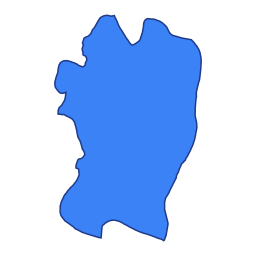 the district of Al Husha, Al Dali', Yemen
{"feature_id": "15242507B64675128593967", "entity_name": "Al Husha", "entity_type": "district", "adm_level": 2, "iso_a3": "YEM", "parent_name": "Yemen", "parent_adm1": "Al Dali'", "projection": "natural_earth1", "projection_center": [44.455, 13.752], "detail": "fine", "context": "isolated", "style": "filled", "palette": "blue", "viewbox_px": 256, "rotation_deg": 0, "n_neighbors": 0, "source": "geoboundaries", "source_scale": "gbopen_adm2", "svg_char_len": 5628}
<svg xmlns="http://www.w3.org/2000/svg" viewBox="0 0 256 256"><path d="M105.8,15.4L103.3,16.0L100.4,17.6L98.4,20.5L94.6,27.3L92.2,30.2L91.7,31.8L91.2,32.7L90.8,33.4L89.7,34.9L88.4,36.0L87.7,36.4L86.1,36.9L84.7,37.8L84.0,38.2L83.0,41.6L82.6,42.4L82.6,43.8L83.2,44.4L83.4,45.4L82.9,46.1L82.7,47.1L82.1,48.8L82.2,49.7L82.5,50.6L82.6,51.6L83.1,52.4L83.1,52.7L82.9,53.5L82.9,54.0L82.9,54.4L83.0,54.7L83.3,55.0L83.7,55.3L84.3,55.6L84.7,55.6L85.2,56.0L85.9,56.7L86.3,57.5L86.6,58.4L86.7,59.0L86.7,59.9L86.5,60.8L86.1,61.6L85.7,62.3L85.3,63.1L85.3,64.0L85.2,64.9L84.7,65.6L84.1,66.1L83.4,66.6L82.5,66.8L81.7,66.7L81.1,66.3L80.9,66.1L80.6,66.1L79.8,65.9L79.0,65.5L78.3,65.1L77.6,64.6L76.8,64.0L75.2,63.3L74.5,63.0L73.6,62.7L72.7,62.4L71.9,62.1L70.2,61.5L67.7,60.7L66.8,60.7L65.3,60.7L64.4,60.8L63.5,60.9L62.7,61.3L61.9,61.7L61.1,62.2L60.4,62.7L59.9,63.5L59.5,64.3L59.1,65.2L58.8,66.0L58.4,68.0L58.2,68.8L58.0,70.7L57.9,71.7L57.7,72.8L57.4,73.7L56.7,75.4L56.4,76.3L56.2,77.2L55.9,78.0L55.7,78.9L55.2,80.7L55.0,81.6L54.9,82.6L54.8,83.6L54.9,84.5L55.0,84.7L55.0,86.0L55.4,87.4L57.2,89.9L58.4,91.4L59.7,92.6L60.6,93.1L62.3,93.3L63.3,93.2L65.2,92.7L65.7,92.3L65.7,93.4L65.7,94.4L65.5,96.2L65.2,98.0L65.0,98.8L64.7,99.8L64.4,100.6L63.5,102.2L62.9,103.1L62.5,103.8L61.6,105.3L60.9,106.0L59.4,107.3L58.6,109.0L58.2,110.5L58.1,112.2L58.1,114.1L60.9,114.3L61.7,114.6L62.4,114.7L62.9,114.6L63.5,114.5L64.0,114.5L64.4,114.7L64.8,115.0L65.7,115.6L69.9,117.6L72.4,119.2L72.9,119.8L73.9,121.2L74.9,123.5L75.1,124.8L75.3,125.1L75.9,127.0L76.8,131.1L77.3,134.2L78.0,137.2L78.7,138.6L79.6,140.1L80.5,142.1L81.2,144.5L82.5,149.5L83.3,150.3L83.9,151.5L84.4,152.6L84.7,153.7L84.6,155.1L84.0,155.8L83.1,157.0L82.4,157.7L81.2,158.6L79.4,158.9L78.4,159.3L77.8,160.1L76.3,164.3L76.0,165.9L75.9,167.6L76.2,168.2L77.8,168.6L78.2,168.6L78.5,169.0L78.8,171.2L79.1,174.4L79.1,175.1L78.8,176.0L78.3,177.1L76.6,180.7L72.6,185.8L71.5,186.8L71.1,187.0L70.6,187.5L70.1,188.0L69.7,188.6L69.3,189.2L68.1,190.3L67.7,190.9L67.2,191.7L66.7,192.4L66.1,193.2L65.7,193.6L65.2,194.2L64.3,195.6L63.9,196.2L63.6,197.0L63.0,198.3L62.7,199.0L62.0,200.3L61.7,201.1L61.4,201.7L61.2,202.5L60.9,203.3L60.7,204.1L60.5,204.7L60.2,206.2L60.2,209.2L60.1,209.9L60.1,212.2L60.3,213.1L60.5,214.0L61.0,215.4L61.4,216.1L61.7,216.7L62.5,217.8L62.9,218.3L63.4,218.9L63.9,219.4L64.7,220.6L64.8,220.7L65.4,221.2L66.0,221.6L67.5,222.6L68.9,223.6L69.6,224.1L71.0,225.2L71.9,225.8L73.5,226.9L74.1,227.5L74.7,228.3L75.3,228.8L76.1,229.1L76.8,229.4L79.1,230.6L79.8,231.0L80.5,231.3L81.9,232.2L87.6,234.1L98.8,237.5L101.1,237.9L102.0,227.3L102.1,226.6L102.4,225.8L102.9,225.2L103.9,224.4L104.9,223.5L105.9,222.7L106.1,222.6L106.5,222.3L109.1,221.0L109.5,220.9L110.1,220.7L111.2,220.4L112.5,220.2L113.6,220.2L114.7,220.2L115.7,220.4L116.8,220.7L117.9,221.0L119.1,221.3L120.1,221.8L121.2,222.2L123.1,223.4L124.1,224.0L125.1,224.5L126.2,225.0L128.3,226.2L129.4,226.9L132.9,228.6L133.9,229.1L134.9,229.7L136.0,230.2L139.7,231.8L143.0,233.0L144.3,233.4L145.3,233.6L147.5,234.3L148.6,234.7L149.7,235.0L150.8,235.4L152.8,236.2L154.0,236.6L157.2,237.9L159.4,238.7L160.5,238.9L161.6,239.3L162.6,239.9L163.7,240.6L164.4,240.1L165.1,238.0L166.1,235.4L166.5,232.9L167.9,224.8L168.0,223.2L164.6,209.3L164.6,202.5L165.5,198.3L168.8,193.0L170.0,190.1L176.3,177.7L176.3,177.0L176.4,175.8L176.9,174.8L177.3,173.9L177.8,173.2L178.2,172.3L179.0,170.3L179.3,169.4L179.5,168.6L179.9,167.8L180.6,166.2L181.0,165.5L181.3,164.6L181.6,163.7L182.4,163.1L183.0,162.6L183.8,161.8L184.2,160.9L184.7,160.8L185.3,160.2L185.6,159.4L185.8,158.5L186.8,157.2L187.8,155.5L189.4,152.3L189.8,151.5L190.2,150.7L191.0,149.0L191.3,148.2L191.7,147.4L192.1,146.6L192.7,145.1L193.4,143.3L193.9,141.5L194.2,140.7L194.5,139.8L195.0,137.8L195.1,137.0L195.5,135.2L195.6,134.3L196.0,132.2L196.2,131.4L196.6,129.3L196.9,127.3L196.8,126.5L196.8,125.6L196.7,124.6L196.7,123.6L196.5,122.4L196.4,121.5L196.2,120.6L195.8,118.9L195.6,118.1L195.4,117.2L195.1,114.5L195.1,113.3L195.2,112.4L195.2,110.7L195.2,109.6L195.2,108.7L195.3,107.5L195.3,106.7L195.4,105.8L195.5,104.7L195.6,102.9L195.7,101.9L195.9,100.1L196.0,99.1L196.1,98.1L196.3,97.3L196.5,96.3L196.3,95.4L196.4,94.4L196.3,92.1L198.6,82.6L199.4,80.2L199.6,79.2L199.7,78.1L199.8,77.2L200.0,76.3L200.0,75.5L200.1,74.6L200.3,73.7L200.3,72.9L200.5,71.8L200.5,70.9L200.7,69.7L200.8,67.7L201.0,64.4L201.1,63.4L201.2,62.6L201.1,59.5L201.0,58.6L201.0,57.8L200.8,56.9L200.7,56.0L200.4,55.0L200.3,54.1L200.1,53.2L199.9,52.3L199.5,51.4L199.2,50.4L198.8,49.5L196.7,46.0L196.2,45.3L195.6,44.7L195.1,44.2L194.6,43.2L191.3,39.7L181.8,38.0L177.8,36.8L172.7,35.4L172.3,35.1L170.9,34.1L170.3,33.5L169.7,32.9L169.3,32.2L168.9,31.5L167.1,27.9L166.7,27.1L166.1,26.3L165.5,25.7L164.2,24.5L163.6,24.0L163.0,23.4L162.2,22.9L161.3,22.2L160.6,21.7L159.9,21.3L158.9,20.9L157.4,20.4L156.7,20.1L155.2,19.6L154.5,19.3L153.8,19.1L153.0,19.1L152.1,19.1L151.3,19.1L150.3,18.9L149.5,18.8L148.6,18.7L147.8,18.7L147.1,18.8L146.3,19.1L144.7,20.6L144.3,21.5L144.0,22.3L143.7,23.3L143.4,26.9L143.3,27.8L142.9,29.6L142.7,30.6L142.6,31.5L142.4,32.4L142.1,33.3L141.7,34.4L141.5,35.3L140.8,37.1L140.3,39.1L139.8,40.0L139.2,40.7L138.6,41.4L138.0,41.9L137.4,42.3L136.7,42.7L136.1,43.2L135.2,43.8L134.4,44.2L133.7,44.6L133.0,44.9L132.2,45.1L131.5,44.7L130.8,44.1L129.5,42.6L129.0,41.9L128.4,40.9L128.0,40.2L127.4,39.5L126.9,38.8L126.3,38.0L125.8,37.3L124.9,35.7L123.3,33.1L121.8,30.6L121.3,30.0L119.8,27.7L119.4,26.8L118.9,25.9L118.5,25.1L117.9,23.5L117.5,22.4L116.4,20.0L115.7,18.6L115.5,18.1L114.6,16.6L114.5,16.3L114.4,15.6L112.7,15.9L111.3,16.1L110.2,16.0L108.7,15.5L107.6,15.4L105.8,15.4Z" fill="#3b82f6" stroke="#1e3a8a" stroke-width="1.5"/></svg>